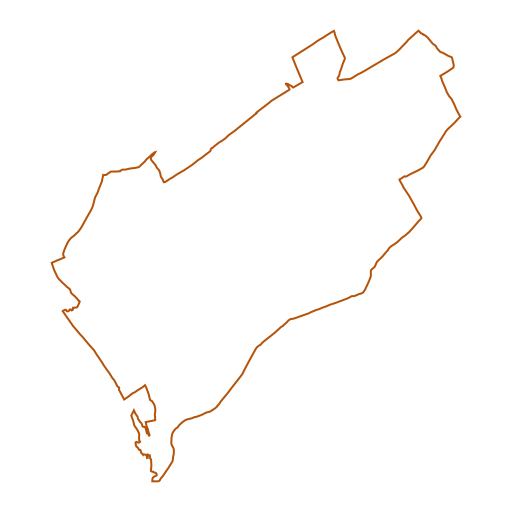 Dobretu, Olt, Romania (Robinson projection), rotated 270°
{"feature_id": "2599482B33788431335920", "entity_name": "Dobretu", "entity_type": "district", "adm_level": 2, "iso_a3": "ROU", "parent_name": "Romania", "parent_adm1": "Olt", "projection": "robinson", "projection_center": [23.941, 44.491], "detail": "fine", "context": "isolated", "style": "outline", "palette": "amber", "viewbox_px": 512, "rotation_deg": 270, "n_neighbors": 0, "source": "geoboundaries", "source_scale": "gbopen_adm2", "svg_char_len": 5947}
<svg xmlns="http://www.w3.org/2000/svg" viewBox="0 0 512 512"><g transform="rotate(270 256 256)"><path d="M458.7,395.0L452.6,383.9L441.3,364.9L438.7,360.2L437.6,357.8L433.6,351.4L433.1,349.9L432.9,348.9L432.6,344.6L431.7,338.5L433.2,337.6L434.1,337.6L436.5,339.2L440.0,339.9L444.4,341.6L448.6,342.9L452.8,344.7L454.0,344.9L454.8,344.7L455.7,344.1L458.7,342.7L466.6,339.2L476.0,335.4L478.4,334.7L479.4,334.6L481.1,333.9L479.9,331.7L476.5,326.3L474.6,323.5L472.4,319.6L470.0,315.9L468.8,314.4L466.8,311.4L455.2,293.1L454.7,292.4L445.9,295.9L429.9,302.6L424.6,293.4L424.5,293.1L424.6,292.7L426.1,291.5L426.5,290.1L428.0,288.0L428.4,286.2L428.3,285.9L428.0,285.9L426.2,287.6L424.7,288.6L423.4,289.3L422.7,289.5L422.2,289.3L411.2,271.4L409.9,270.0L399.5,256.5L399.1,256.8L398.9,256.6L385.6,240.2L384.2,238.4L381.4,235.0L376.7,228.5L373.8,225.6L370.7,221.2L369.6,219.2L365.7,214.2L364.0,212.4L363.6,211.4L362.9,210.8L361.2,210.5L360.4,209.7L356.0,203.9L354.1,201.5L351.9,198.1L346.9,191.8L341.7,184.0L337.6,176.9L334.3,172.1L333.4,170.3L330.2,165.5L329.7,164.0L330.3,163.5L333.0,162.5L335.2,160.9L338.7,160.2L341.6,159.2L344.5,156.7L346.7,155.7L351.2,151.9L352.5,151.0L353.6,150.8L354.6,151.1L355.6,151.8L357.0,153.4L359.8,155.2L359.6,154.5L356.9,151.1L355.7,150.1L354.0,148.0L352.5,146.4L350.5,144.8L348.4,142.6L345.1,139.1L344.8,138.5L344.0,134.8L343.5,130.1L342.4,125.5L342.4,122.6L341.9,121.4L340.9,120.2L341.1,120.0L340.7,119.3L340.5,117.0L340.5,112.6L340.3,110.7L339.4,109.5L338.9,108.6L337.2,106.3L337.0,105.9L337.1,104.7L336.7,103.7L337.0,103.2L330.3,101.8L323.7,99.1L319.2,97.5L314.4,95.0L306.7,93.1L303.4,91.8L300.7,90.4L294.3,86.7L287.4,82.9L284.7,81.4L281.5,79.2L279.6,77.6L278.6,76.3L277.2,75.0L276.2,73.9L274.2,71.2L271.6,69.0L268.9,67.4L263.2,64.8L259.6,63.5L258.3,63.2L257.4,63.2L256.5,63.4L254.6,64.4L251.9,58.1L251.6,57.0L250.9,55.8L249.8,53.1L249.1,51.7L242.1,54.1L235.4,57.2L233.7,58.3L232.8,59.0L229.1,62.7L226.7,65.4L225.6,66.4L222.7,70.0L220.0,70.8L218.7,71.4L215.7,74.8L213.2,77.2L210.7,79.1L211.0,79.2L210.5,79.7L209.2,79.3L205.6,77.6L204.9,77.2L204.5,76.7L204.5,75.2L204.2,74.4L204.3,73.1L202.4,72.9L201.8,72.3L201.6,71.7L202.4,71.2L202.4,70.5L202.6,70.0L202.5,69.7L201.8,69.4L201.0,68.7L200.7,68.0L200.6,67.2L200.9,66.7L202.1,66.1L202.2,65.1L201.5,63.5L200.9,62.7L185.8,73.2L180.2,78.0L178.1,79.7L174.9,82.7L167.2,89.1L162.1,93.7L160.7,94.7L158.5,96.0L149.0,102.4L146.6,103.8L140.5,108.1L138.8,109.4L134.1,112.3L131.7,114.3L125.9,117.3L125.1,118.0L124.5,119.1L124.0,119.2L122.8,119.0L122.2,119.0L112.5,124.2L115.8,128.9L117.7,131.3L118.7,132.5L119.8,134.9L122.5,138.7L123.0,139.7L125.1,143.0L126.8,145.0L124.3,146.3L118.4,148.5L112.3,150.0L111.6,150.5L111.3,151.4L110.9,152.0L110.2,152.4L109.7,152.9L108.7,153.4L107.9,154.0L105.8,154.8L104.1,155.0L102.9,155.3L100.6,155.3L97.0,154.8L95.1,155.1L93.2,155.1L92.1,155.3L91.8,155.0L89.9,145.7L85.7,146.6L82.7,147.9L80.5,148.3L76.9,149.5L76.5,149.5L76.3,149.3L76.3,149.0L76.5,148.9L78.1,148.4L78.5,148.1L78.5,147.2L78.7,146.9L83.1,145.8L84.7,145.1L85.3,144.3L85.2,143.1L85.5,142.6L88.0,141.8L88.9,141.3L90.4,139.8L91.8,139.0L93.3,137.9L95.2,137.6L98.4,135.4L101.7,133.9L96.4,131.3L90.8,133.3L86.3,134.4L83.5,136.5L81.2,137.8L79.1,138.8L77.1,139.3L76.1,139.2L75.5,139.0L71.9,139.2L71.3,139.3L70.7,139.9L70.3,140.1L69.6,139.4L69.3,138.6L69.7,137.4L70.1,136.6L69.8,135.8L69.3,135.5L68.9,135.5L65.7,136.2L64.1,138.0L62.3,138.9L62.1,139.3L62.2,140.1L62.0,140.4L59.0,141.3L58.2,142.3L57.1,143.1L57.6,143.4L57.7,143.8L56.9,146.5L56.5,146.7L54.0,147.0L54.1,147.7L57.4,147.7L56.7,149.0L56.7,149.8L54.4,150.0L53.0,150.5L52.7,151.0L52.2,151.1L46.2,151.4L41.3,150.9L40.8,151.1L40.5,151.6L40.3,153.2L39.7,153.5L39.5,154.7L39.2,155.4L38.8,156.1L38.0,156.6L37.0,156.8L36.6,156.6L35.1,153.8L34.3,152.8L32.8,152.4L30.7,152.3L30.7,157.9L30.9,158.8L31.2,159.5L33.7,160.9L36.7,163.4L41.1,166.3L43.4,168.0L50.6,172.4L51.3,172.7L54.4,173.0L58.3,173.8L61.4,173.9L63.8,173.5L66.2,172.1L68.4,171.3L73.8,171.5L77.1,172.0L79.1,172.6L81.4,174.1L83.2,175.6L83.7,176.2L84.1,176.9L84.9,177.8L87.0,179.3L89.7,182.3L92.0,185.5L92.6,187.2L93.7,191.8L94.8,194.4L95.0,195.6L95.6,197.6L97.1,201.6L99.5,206.4L100.4,210.0L103.4,214.7L105.3,216.9L105.9,217.2L107.7,218.9L110.6,220.8L119.3,228.0L127.5,234.2L132.0,237.8L137.7,242.2L146.0,246.4L157.8,252.8L163.5,256.0L165.1,257.3L166.2,258.7L167.3,260.7L168.9,261.9L171.4,264.8L179.3,274.8L184.7,280.7L185.6,282.0L186.0,282.9L186.7,283.4L189.5,286.6L191.6,288.5L192.8,290.3L193.0,290.9L193.2,292.9L193.7,294.7L197.6,305.6L198.7,308.9L199.9,311.0L200.6,313.0L201.8,315.6L202.9,319.1L204.6,323.1L205.5,325.9L207.2,329.8L209.1,335.6L213.8,348.1L215.8,351.6L215.9,353.5L216.2,355.1L216.6,356.1L217.8,358.7L218.2,360.3L219.3,362.9L220.8,364.1L223.1,365.4L230.6,368.9L234.5,370.4L236.3,370.9L240.7,370.8L241.9,371.1L242.7,371.8L244.5,374.0L245.4,374.8L249.5,376.6L250.7,377.4L255.2,382.2L258.7,385.1L261.8,387.9L263.5,388.8L265.0,390.3L266.2,391.7L267.3,393.7L269.9,397.3L274.7,402.4L276.4,405.0L279.9,409.1L283.4,412.3L290.8,418.6L293.4,421.1L293.8,421.3L294.5,421.3L296.6,420.2L298.3,419.0L302.0,416.8L307.2,414.1L316.1,409.1L324.8,403.3L326.0,402.9L331.6,399.7L332.2,399.5L332.4,399.7L332.6,399.6L333.4,401.1L335.7,404.4L335.4,405.3L335.6,406.4L338.0,410.6L341.6,418.1L344.2,422.7L344.8,423.5L345.8,424.3L350.7,427.3L356.8,430.8L361.4,434.3L370.8,439.7L379.2,445.1L380.4,445.7L383.3,448.2L386.2,451.4L389.3,454.6L393.6,458.5L395.3,460.3L396.1,459.8L402.3,456.5L407.3,454.4L412.8,451.7L415.7,449.2L419.8,446.8L422.5,445.8L430.9,442.2L433.0,441.6L436.1,440.3L440.4,447.5L444.3,453.3L446.0,453.7L447.1,453.7L454.2,452.0L454.8,451.6L456.0,448.5L458.8,443.6L459.6,441.6L460.4,439.8L461.0,439.5L463.4,437.2L465.9,435.9L466.9,434.8L467.9,433.2L468.7,432.4L474.6,427.5L476.2,425.6L477.8,423.0L477.6,422.9L478.3,422.1L479.1,420.5L479.8,420.0L481.3,418.6L479.6,416.5L471.7,407.8L470.4,406.9L462.5,399.3L460.5,397.2L458.7,395.0Z" fill="none" stroke="#b45309" stroke-width="2"/></g></svg>